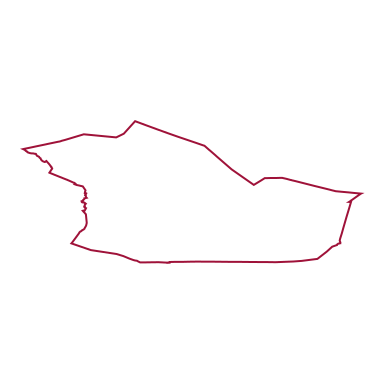 outline of Haaksbergen, Overijssel, Netherlands
{"feature_id": "6326949B27790410949004", "entity_name": "Haaksbergen", "entity_type": "district", "adm_level": 2, "iso_a3": "NLD", "parent_name": "Netherlands", "parent_adm1": "Overijssel", "projection": "equal_earth", "projection_center": [6.729, 52.162], "detail": "fine", "context": "isolated", "style": "outline", "palette": "rose", "viewbox_px": 384, "rotation_deg": 0, "n_neighbors": 0, "source": "geoboundaries", "source_scale": "gbopen_adm2", "svg_char_len": 4649}
<svg xmlns="http://www.w3.org/2000/svg" viewBox="0 0 384 384"><path d="M204.4,145.7L203.9,145.6L196.1,142.9L184.0,138.8L178.1,136.8L168.7,133.5L157.9,129.6L146.7,125.5L135.1,121.2L123.8,133.7L116.2,137.4L83.8,134.3L64.8,140.0L61.7,140.8L60.7,141.2L59.6,141.5L59.2,141.6L58.4,141.7L51.7,143.1L46.9,144.1L46.1,144.3L35.5,146.5L33.2,147.0L29.4,147.8L24.0,148.9L23.1,149.1L24.2,149.6L24.5,149.8L24.8,149.9L25.0,150.0L25.6,150.5L25.8,150.7L25.8,150.8L25.7,150.8L25.9,151.0L26.6,151.3L27.0,151.5L27.3,151.7L27.3,151.8L27.2,151.9L27.3,152.1L27.6,152.3L27.8,152.4L28.3,152.6L28.7,152.7L29.9,153.1L30.5,153.2L30.9,153.3L31.8,153.4L33.1,153.4L33.5,153.5L33.8,153.5L34.6,153.8L35.5,153.8L35.9,153.9L36.0,154.1L36.1,154.4L36.3,154.6L36.4,154.9L36.5,155.1L36.7,155.3L36.9,155.6L37.0,155.8L37.5,156.1L37.8,156.2L38.1,156.3L38.4,156.4L38.5,156.5L39.0,156.8L39.2,157.0L39.3,157.3L39.5,157.6L40.2,158.2L40.5,158.3L40.6,158.6L40.8,159.0L40.9,159.3L41.0,159.4L41.0,159.5L41.7,160.4L41.9,160.5L42.0,160.6L42.2,160.8L42.5,161.0L42.8,161.2L43.1,161.4L43.6,161.6L43.9,161.7L44.2,161.8L44.5,161.9L44.7,162.0L44.8,162.0L44.9,161.9L45.0,161.9L45.3,161.7L45.5,161.7L45.8,161.4L46.0,161.3L46.1,161.2L46.3,161.3L46.5,161.1L46.9,161.6L48.9,163.8L50.1,165.3L51.2,166.7L51.0,166.8L51.2,167.1L51.6,167.5L51.8,167.9L52.0,168.2L52.2,168.4L52.2,168.6L51.4,169.7L50.8,170.6L49.6,172.4L49.4,172.7L49.8,172.9L50.3,173.1L51.1,173.4L51.8,173.7L52.1,173.8L53.1,174.2L54.5,174.8L55.3,175.1L60.0,177.0L61.6,177.6L62.5,178.0L66.3,179.5L67.4,179.9L67.5,180.0L68.5,180.4L71.9,181.9L73.8,182.8L74.3,182.8L74.6,183.1L75.2,183.5L75.5,183.8L75.3,183.9L74.8,184.3L77.0,185.1L77.3,185.1L78.1,185.3L79.1,185.5L79.9,185.7L80.2,185.8L80.6,185.9L81.2,186.0L82.8,186.4L85.5,190.3L85.3,190.9L85.2,191.3L85.1,191.5L85.0,192.0L84.9,192.8L84.8,193.0L84.7,193.2L84.7,193.3L84.9,193.5L85.0,193.6L85.3,193.4L85.4,193.2L85.5,193.1L85.9,193.2L86.0,193.3L86.3,193.4L86.3,193.5L86.2,193.6L86.0,193.9L85.7,194.1L85.7,194.5L85.6,194.8L85.4,194.9L85.2,195.0L85.1,195.3L85.4,195.5L85.6,195.6L85.8,195.7L85.8,196.0L86.0,197.1L86.1,197.3L86.2,197.5L86.5,197.7L86.6,197.8L84.6,198.3L84.7,198.5L84.4,198.8L83.8,199.5L83.6,199.6L83.3,200.0L83.2,200.0L83.1,200.3L82.8,200.8L82.8,201.1L82.8,201.5L82.7,201.6L82.2,201.6L82.1,201.4L81.9,201.2L81.6,201.2L81.6,201.4L81.6,201.5L81.8,201.9L81.8,202.0L82.0,202.2L82.2,202.3L82.4,202.3L82.8,202.4L83.1,202.4L83.2,202.5L83.6,202.5L83.9,202.5L84.2,202.5L84.4,202.6L85.6,203.6L85.1,203.9L85.0,204.2L85.3,204.4L85.1,204.7L84.9,204.9L84.8,205.0L84.2,206.7L84.7,206.9L84.9,206.9L84.9,207.1L84.9,207.6L85.0,207.8L85.4,208.0L85.6,208.1L85.8,208.1L86.0,208.2L85.6,209.0L85.1,209.8L84.7,210.6L84.0,210.7L83.9,210.8L83.6,210.6L82.8,210.8L83.8,212.0L84.0,212.1L85.7,214.1L85.9,214.3L85.9,214.6L86.0,215.4L86.1,216.3L86.7,222.4L86.7,223.1L86.1,225.6L85.5,226.7L85.3,227.1L85.0,227.5L84.8,227.8L84.5,228.7L84.1,229.0L83.5,229.6L83.3,229.7L82.9,229.8L82.4,230.1L82.1,230.4L81.9,230.4L81.7,230.6L81.3,231.0L81.0,231.3L80.7,231.4L80.5,231.5L80.4,231.5L79.9,231.9L79.7,232.1L79.5,232.3L79.3,232.6L79.2,232.8L79.1,233.1L78.4,234.1L72.7,241.8L72.1,242.6L71.8,242.9L71.4,243.4L90.9,250.1L116.5,254.0L123.4,256.1L128.9,258.4L129.9,258.8L133.3,260.0L133.6,260.1L134.0,260.2L135.1,260.5L136.0,260.6L137.1,260.8L138.4,261.6L138.9,261.8L140.1,262.4L141.7,262.4L142.3,262.4L142.9,262.4L145.4,262.4L148.8,262.3L150.6,262.3L158.5,262.2L166.3,262.6L167.5,262.6L167.5,262.8L169.1,262.7L169.6,262.7L169.6,262.0L173.7,261.9L174.5,261.9L178.0,261.9L181.7,261.9L185.1,261.8L190.0,261.7L192.1,261.7L196.5,261.6L210.4,261.7L212.0,261.7L214.8,261.7L234.0,261.9L241.9,261.9L251.8,262.0L268.6,262.1L275.6,262.2L293.3,261.5L301.7,260.9L317.4,258.9L326.8,251.6L332.2,246.7L337.0,245.0L337.1,244.5L337.2,244.4L337.8,244.0L338.3,243.6L339.3,243.5L340.2,243.2L340.3,243.2L340.3,242.8L340.4,242.6L340.3,242.3L340.2,242.2L340.1,241.8L340.1,241.6L339.9,241.2L339.8,240.8L339.7,240.5L340.1,238.8L341.8,233.4L343.2,228.4L346.5,217.0L349.5,207.1L351.0,202.0L349.1,201.9L350.4,201.1L350.9,200.6L351.4,200.3L351.6,200.2L353.0,199.2L357.5,196.0L359.2,194.8L360.0,194.3L360.6,193.8L361.0,193.6L354.6,193.0L353.5,192.9L348.6,192.4L341.9,191.8L335.6,191.2L333.7,190.7L332.8,190.5L332.0,190.3L329.4,189.6L318.8,187.0L315.1,186.1L302.5,182.9L295.4,181.1L294.1,180.8L292.9,180.5L292.2,180.4L291.7,180.2L291.0,180.0L290.7,180.0L286.7,178.9L282.3,177.9L281.4,177.9L279.4,177.9L276.1,178.0L272.5,178.0L270.8,178.0L267.6,178.1L264.8,178.1L262.6,179.5L260.7,180.7L253.8,184.9L231.8,169.5L230.6,168.5L230.5,168.4L227.5,165.8L216.3,156.1L215.8,155.6L209.7,150.3L209.5,150.2L209.4,150.1L204.4,145.7Z" fill="none" stroke="#9f1239" stroke-width="2"/></svg>